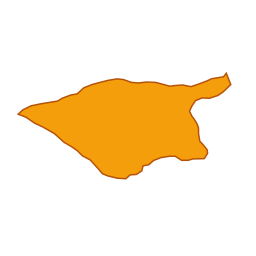 the district of Agios Georgios Ammochostou, Cyprus, rotated 173°
{"feature_id": "46923920B20670764204994", "entity_name": "Agios Georgios Ammochostou", "entity_type": "district", "adm_level": 2, "iso_a3": "CYP", "parent_name": "Cyprus", "parent_adm1": "", "projection": "natural_earth1", "projection_center": [33.864, 35.255], "detail": "fine", "context": "isolated", "style": "filled", "palette": "amber", "viewbox_px": 256, "rotation_deg": 173, "n_neighbors": 0, "source": "geoboundaries", "source_scale": "gbopen_adm2", "svg_char_len": 1014}
<svg xmlns="http://www.w3.org/2000/svg" viewBox="0 0 256 256"><g transform="rotate(173 128 128)"><path d="M56.1,88.3L52.1,93.1L52.1,96.8L55.8,102.7L58.3,106.0L58.7,113.4L58.0,119.7L59.0,123.7L61.2,128.6L63.1,131.9L64.9,137.1L62.0,141.9L57.6,147.0L50.8,148.8L43.4,147.6L34.9,149.3L29.2,152.2L20.7,158.6L23.8,170.4L26.9,167.2L38.9,166.7L44.6,164.9L54.3,162.6L60.5,161.4L68.5,164.0L75.4,164.4L81.6,164.4L86.7,166.6L95.1,169.9L104.2,171.4L111.9,171.4L119.2,172.9L126.5,176.6L133.0,178.1L139.5,177.8L142.1,177.7L150.9,176.6L158.5,175.5L166.9,173.3L174.2,168.1L180.8,167.7L189.9,165.5L194.6,163.3L204.8,162.9L212.1,162.6L221.6,161.8L230.0,158.9L235.3,155.1L227.9,151.1L220.0,144.1L212.6,139.5L201.7,131.4L193.2,121.6L186.4,116.4L181.2,111.8L176.7,106.0L169.3,100.8L162.4,91.0L159.0,85.8L153.9,82.9L144.8,79.5L136.3,77.9L131.6,81.2L125.4,80.9L119.5,83.8L117.7,88.6L111.9,89.0L106.4,92.7L98.8,94.6L90.4,94.9L84.6,94.2L78.7,89.4L72.2,88.6L67.4,89.4L56.1,88.3Z" fill="#f59e0b" stroke="#b45309" stroke-width="1.5"/></g></svg>